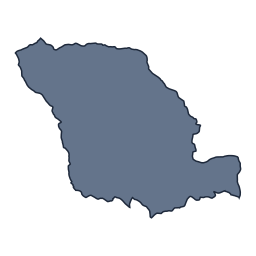 Muong Ang, Điện Biên, Vietnam
{"feature_id": "81297802B95485897365368", "entity_name": "Muong Ang", "entity_type": "district", "adm_level": 2, "iso_a3": "VNM", "parent_name": "Vietnam", "parent_adm1": "Điện Biên", "projection": "mercator", "projection_center": [103.259, 21.517], "detail": "fine", "context": "isolated", "style": "filled", "palette": "slate", "viewbox_px": 256, "rotation_deg": 0, "n_neighbors": 0, "source": "geoboundaries", "source_scale": "gbopen_adm2", "svg_char_len": 5762}
<svg xmlns="http://www.w3.org/2000/svg" viewBox="0 0 256 256"><path d="M75.7,190.3L77.8,190.4L79.2,190.7L79.8,190.9L81.0,191.8L81.5,192.4L81.8,194.1L82.6,195.2L83.4,196.0L85.6,197.4L86.2,197.4L88.7,195.9L90.0,195.4L90.7,195.3L91.1,195.3L95.0,197.5L96.5,198.5L97.6,199.0L98.1,199.1L98.3,199.1L100.2,198.3L102.7,198.3L104.2,199.2L107.2,201.3L107.8,201.6L109.0,201.4L110.5,200.9L111.6,200.9L112.0,200.7L112.7,200.0L112.9,199.6L112.9,198.7L113.3,198.5L113.5,198.4L114.2,197.5L114.5,197.1L114.8,196.9L115.6,197.0L116.4,197.5L118.7,198.0L119.6,198.3L120.6,198.9L122.5,200.5L124.0,202.2L125.3,203.7L129.5,207.3L129.8,207.4L129.5,204.9L129.6,203.8L130.6,201.0L131.4,199.3L132.1,198.1L132.5,197.6L134.6,199.4L135.4,199.5L136.7,199.9L138.0,200.6L139.6,201.6L140.8,202.7L142.2,204.5L143.0,205.2L143.8,205.6L145.0,206.1L146.2,206.5L146.7,206.9L147.6,208.2L148.9,209.7L149.7,211.1L150.1,214.4L150.2,216.5L150.4,217.1L151.1,217.6L151.5,217.8L153.0,216.4L154.0,215.3L155.4,214.1L156.7,213.3L157.4,213.2L161.1,213.5L161.4,213.3L161.8,212.9L163.0,211.9L163.5,211.6L165.5,211.2L166.9,211.2L168.5,210.8L169.0,210.7L170.9,211.0L171.6,211.0L171.9,210.9L172.2,210.7L173.0,209.8L173.8,208.7L174.6,208.0L174.9,207.9L178.9,207.7L179.7,207.9L180.2,207.3L180.6,207.1L183.7,206.4L184.3,206.0L184.8,205.4L185.8,202.7L187.3,199.1L189.0,197.2L189.9,196.5L190.7,196.4L191.9,196.9L194.1,198.5L195.2,199.5L196.3,200.1L198.2,200.1L199.1,199.9L199.4,199.7L199.7,199.2L200.2,197.5L200.3,197.3L200.6,197.3L203.7,197.5L204.9,197.0L206.0,196.8L207.4,196.8L208.5,196.9L211.2,198.0L212.1,198.1L214.6,196.6L215.4,195.6L215.3,194.7L215.0,193.8L214.7,193.1L213.9,192.0L214.0,191.7L214.3,191.7L215.2,192.1L217.2,192.9L218.1,193.1L219.7,192.9L222.1,191.9L223.8,191.1L224.8,190.8L224.8,191.1L225.0,191.3L225.7,191.4L226.6,191.6L227.7,192.1L228.9,192.5L229.9,193.3L230.6,194.0L231.0,194.8L232.3,195.0L233.4,195.4L234.5,195.6L237.7,196.7L238.9,197.2L239.1,197.4L239.2,197.7L239.9,195.9L240.1,195.3L240.2,194.5L240.3,192.2L240.0,190.2L239.3,187.1L238.8,185.7L237.9,183.8L237.3,181.7L237.4,180.0L237.3,176.0L237.3,174.9L237.4,174.5L239.6,171.7L240.5,169.8L240.6,169.2L240.6,168.3L240.3,166.8L240.2,165.6L240.2,163.4L240.0,162.8L239.0,161.1L238.4,159.3L238.2,157.9L238.0,157.5L237.4,156.8L234.8,156.0L232.8,155.7L230.6,155.6L228.9,155.6L227.1,155.8L224.6,156.3L223.6,156.7L222.8,156.9L220.6,156.9L216.8,157.0L215.7,157.2L213.9,157.9L212.2,158.4L211.1,158.8L209.4,159.7L207.8,161.1L206.6,161.8L205.2,162.3L203.3,162.8L201.5,162.7L200.1,162.3L198.4,161.7L196.7,161.3L195.6,160.9L193.5,159.5L193.1,159.1L192.9,158.4L192.5,156.9L192.4,156.0L192.7,154.2L192.8,152.6L193.0,152.0L193.6,151.7L195.6,151.2L195.9,151.1L196.0,150.8L195.9,149.4L195.2,147.6L194.6,144.7L194.1,144.1L193.8,143.9L192.9,143.5L192.5,143.2L192.1,142.7L191.9,142.2L192.0,140.1L192.7,137.0L193.0,134.8L193.1,134.4L193.5,134.2L196.2,133.7L197.4,133.2L199.0,131.8L199.3,131.0L199.4,130.0L199.6,127.8L199.7,127.2L200.1,126.3L200.4,125.9L200.4,125.3L199.8,125.0L196.8,124.5L196.1,124.1L195.9,123.9L196.1,123.1L196.7,122.5L196.9,121.9L196.8,121.2L196.3,119.6L196.1,119.2L195.8,118.9L195.3,118.8L194.2,118.6L193.8,118.5L192.9,117.4L192.4,117.1L190.6,116.3L188.9,114.5L188.5,113.8L187.5,109.3L186.8,107.8L186.6,107.4L186.1,106.9L185.3,106.6L184.6,106.1L184.5,105.7L184.4,104.4L183.8,101.1L178.9,97.7L178.2,96.7L177.6,94.8L177.2,93.2L177.0,92.7L176.4,91.8L175.7,91.2L174.4,90.6L169.1,88.8L166.6,87.4L165.9,86.7L164.4,83.8L163.3,82.6L162.7,81.6L162.2,80.9L161.3,80.4L160.8,79.9L160.1,78.8L158.4,77.3L152.5,73.4L148.8,69.2L148.6,68.6L148.7,66.9L148.5,66.1L147.2,63.0L147.0,62.3L146.9,61.7L147.2,60.3L147.1,58.5L147.0,57.7L146.5,56.1L145.9,55.3L142.4,52.1L140.5,51.0L137.0,49.7L135.5,49.5L134.7,49.6L133.8,49.5L131.5,49.1L129.4,47.8L128.2,47.8L126.6,48.3L125.1,48.2L120.0,48.9L118.5,48.9L116.8,48.7L115.9,48.0L115.5,47.3L115.1,47.0L114.8,46.8L114.1,46.7L112.4,46.9L110.4,46.7L108.6,46.8L106.1,45.7L105.2,45.0L104.4,44.9L103.2,45.2L102.8,45.2L102.4,44.6L101.7,44.1L101.2,44.0L97.9,44.0L96.9,43.8L96.2,43.3L95.5,43.1L90.3,43.6L88.9,43.5L87.6,43.8L86.5,44.3L84.8,45.9L83.4,46.1L81.8,45.9L81.0,45.7L77.0,43.6L76.3,43.4L75.7,43.3L75.0,43.5L73.5,44.4L72.2,44.8L71.2,44.8L70.0,44.6L68.4,44.4L65.1,44.8L64.6,45.0L61.5,47.0L59.5,47.9L56.7,49.8L55.5,49.9L54.2,49.4L53.7,49.0L53.5,48.5L53.3,47.5L53.0,47.0L51.8,45.8L51.1,45.3L50.6,45.0L47.7,44.4L47.0,44.4L46.0,43.9L43.6,40.8L40.6,38.2L40.1,38.8L39.1,39.9L37.8,41.0L37.1,42.2L36.7,42.6L34.7,43.5L32.7,44.7L32.2,44.8L30.3,44.7L29.1,45.4L28.1,46.6L27.3,47.3L22.7,49.1L20.9,50.0L19.3,50.4L17.9,50.9L16.8,51.5L15.6,52.7L15.4,53.0L16.5,54.4L18.4,58.2L18.8,59.5L19.2,61.6L19.2,62.0L18.9,63.3L18.4,64.7L18.4,64.9L20.3,67.3L21.3,69.8L21.6,70.7L21.7,71.4L21.7,72.6L21.9,76.0L23.8,78.4L24.6,80.3L25.4,81.4L27.2,85.1L28.6,87.0L29.9,88.1L31.6,89.5L33.8,90.8L34.7,91.7L35.7,92.4L39.9,93.3L40.5,93.6L41.0,93.9L42.3,94.9L46.2,101.1L48.5,103.6L49.1,104.4L50.1,105.4L50.8,105.8L52.1,106.3L52.6,106.7L52.8,106.9L52.9,107.2L52.8,107.7L52.5,109.2L52.1,110.2L52.2,111.4L52.9,112.8L53.5,114.2L54.1,114.7L54.3,115.1L55.2,117.1L55.5,117.4L56.1,117.9L57.8,118.9L60.8,121.4L61.2,121.9L61.2,122.1L61.0,122.4L59.1,123.5L58.6,124.1L58.5,124.5L58.6,126.2L59.2,127.8L60.0,129.0L61.0,130.1L61.3,130.6L61.6,131.3L61.3,134.5L61.2,137.3L61.4,138.4L62.4,141.3L62.4,142.2L63.2,145.2L63.5,147.3L63.9,147.7L65.3,148.2L65.7,148.7L67.9,151.2L68.8,152.9L69.1,154.7L68.9,156.1L69.1,157.4L68.9,160.9L70.2,163.7L70.3,164.0L70.2,164.2L68.4,165.8L68.3,166.3L68.4,169.4L69.0,172.1L68.9,173.6L69.0,174.9L69.3,176.2L70.2,178.8L70.9,180.2L71.8,181.5L71.8,181.8L71.6,182.1L71.1,182.5L71.0,182.9L71.4,183.4L72.3,184.0L72.9,184.5L73.0,185.5L73.7,186.6L73.7,186.9L73.4,187.1L73.4,187.4L74.6,189.1L75.5,189.9L75.7,190.3Z" fill="#64748b" stroke="#1e293b" stroke-width="1.5"/></svg>